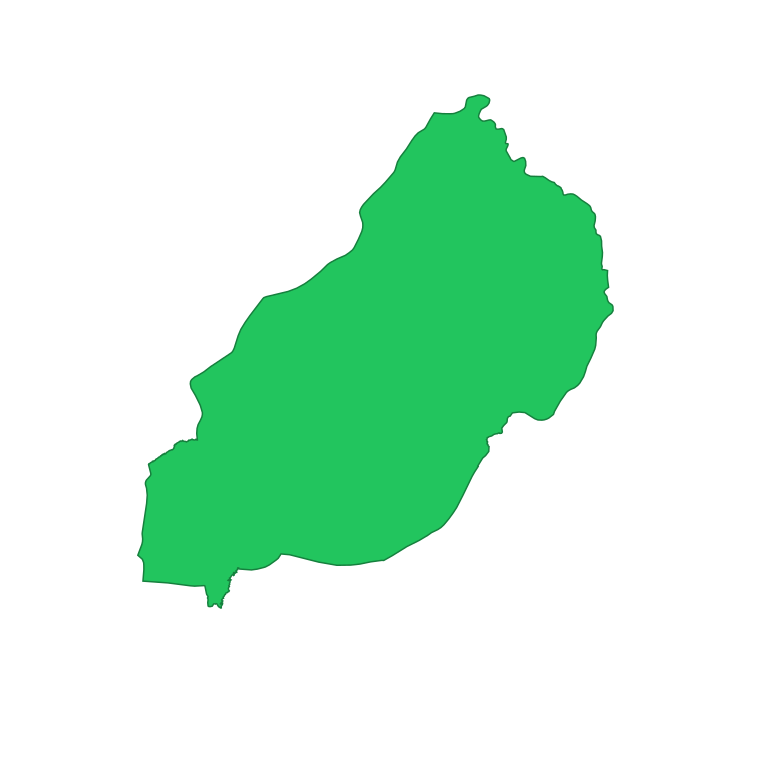 Khun Han, Si Sa Ket, Thailand, rotated 213°
{"feature_id": "78962969B74120262263658", "entity_name": "Khun Han", "entity_type": "district", "adm_level": 2, "iso_a3": "THA", "parent_name": "Thailand", "parent_adm1": "Si Sa Ket", "projection": "equal_earth", "projection_center": [104.436, 14.547], "detail": "fine", "context": "isolated", "style": "filled", "palette": "green", "viewbox_px": 768, "rotation_deg": 213, "n_neighbors": 0, "source": "geoboundaries", "source_scale": "gbopen_adm2", "svg_char_len": 6167}
<svg xmlns="http://www.w3.org/2000/svg" viewBox="0 0 768 768"><g transform="rotate(213 384 384)"><path d="M478.8,87.4L456.9,99.5L436.7,109.2L432.8,111.3L425.0,117.0L424.4,117.1L423.8,116.7L418.3,111.1L415.6,109.8L415.5,108.4L414.8,108.1L413.9,107.0L412.7,104.6L410.6,102.0L409.6,102.0L408.3,102.8L407.0,104.2L407.1,106.8L406.3,107.4L405.5,107.6L405.3,108.2L404.9,108.5L404.3,108.5L401.4,107.1L400.6,107.3L399.2,107.1L398.6,107.4L398.5,107.6L399.4,108.8L399.5,111.2L400.0,112.4L400.7,112.4L400.9,110.9L401.2,110.4L401.5,110.5L401.3,112.6L401.0,114.2L402.1,114.2L402.6,114.7L402.3,116.4L401.9,116.9L402.8,117.6L402.5,119.3L402.8,120.5L402.4,121.3L402.7,122.4L402.4,123.2L401.8,123.7L401.7,124.6L401.1,125.3L401.1,126.3L402.2,126.7L403.2,127.8L403.5,128.9L403.4,130.0L404.3,130.3L404.3,132.0L405.0,132.6L405.3,134.2L406.0,135.0L405.6,136.4L405.8,136.4L407.4,134.4L407.9,134.4L407.3,136.2L406.9,136.6L407.0,136.9L407.8,137.2L407.4,138.1L407.5,139.9L407.3,141.1L406.8,142.1L405.9,141.5L405.6,142.1L405.9,142.6L407.0,142.9L407.4,143.8L407.3,144.2L407.0,144.3L406.3,143.7L405.9,143.8L405.6,145.2L404.9,145.8L405.5,146.4L406.4,146.5L406.2,147.5L405.7,148.4L406.4,149.7L406.4,150.3L405.6,150.6L405.1,149.9L404.1,150.3L393.9,155.9L389.4,159.8L384.8,164.8L383.8,166.0L381.6,169.9L378.6,177.6L377.8,180.2L377.8,185.4L370.2,189.4L341.9,199.0L324.8,206.3L313.3,214.0L309.1,217.4L306.0,220.0L298.3,227.6L289.9,234.8L288.1,235.9L283.6,244.5L276.3,260.1L269.3,272.0L264.8,281.2L263.2,285.3L259.6,291.2L258.1,294.6L257.1,298.6L256.2,306.1L255.8,313.7L255.8,320.0L257.2,333.6L259.8,354.4L260.1,359.6L260.1,366.2L260.7,366.3L260.9,375.7L259.8,379.3L259.4,384.5L261.9,388.8L262.6,388.8L263.3,389.1L263.7,389.7L264.5,389.7L265.0,390.6L265.4,390.6L265.3,391.2L265.5,391.4L265.6,391.9L266.5,392.4L266.7,392.2L267.3,393.1L267.7,393.2L267.5,393.7L268.2,395.3L267.6,395.9L267.5,396.7L265.4,399.1L264.3,401.7L262.9,403.3L261.9,404.0L261.3,405.2L260.7,405.7L260.3,405.5L259.7,405.8L258.6,406.8L258.6,408.2L261.2,411.2L261.0,414.3L260.1,418.6L260.5,419.9L261.7,422.1L261.9,423.6L261.7,424.6L260.7,425.8L260.6,429.7L255.4,434.1L250.2,436.8L238.6,437.0L235.3,437.7L231.9,439.7L230.1,441.2L228.3,443.4L227.2,445.3L225.3,450.8L226.1,453.9L226.8,465.5L226.4,476.3L225.9,478.2L225.3,479.6L224.4,481.3L222.2,484.5L220.8,488.4L220.3,491.4L220.6,498.8L221.9,504.2L223.5,509.3L224.6,518.5L226.2,528.0L227.5,531.7L231.1,538.3L232.8,540.6L233.6,542.2L234.0,544.3L233.7,550.0L234.3,554.5L234.2,557.0L233.2,563.0L231.7,567.2L231.8,570.2L234.1,573.5L235.3,574.4L236.2,574.6L239.7,574.7L241.0,575.3L242.1,576.0L244.8,578.8L248.2,580.0L249.4,580.9L249.8,581.8L249.7,583.6L249.3,585.0L248.3,587.4L253.0,592.9L255.8,596.6L258.3,600.9L261.8,599.7L262.9,598.8L263.5,598.8L264.0,599.2L265.1,601.5L266.8,602.9L267.5,603.9L270.4,609.9L272.4,613.3L276.5,618.1L279.5,622.5L282.9,625.7L284.2,625.9L286.3,625.5L287.9,625.7L289.1,627.0L290.1,628.5L292.6,629.6L293.2,630.2L294.1,631.2L295.7,635.7L296.8,637.8L297.8,639.5L299.5,641.2L300.4,641.6L303.3,642.0L304.7,642.7L306.9,644.7L308.6,645.5L311.9,645.8L318.6,645.8L324.3,646.5L327.2,646.5L329.0,646.2L331.0,645.1L333.3,643.2L334.9,641.2L336.2,640.4L337.7,641.2L338.3,642.1L340.0,643.5L341.6,644.2L342.6,645.0L345.6,645.0L346.4,644.6L348.9,644.9L350.9,645.7L353.5,644.9L356.6,644.6L361.1,644.8L364.0,644.6L365.3,643.5L374.3,638.0L379.0,637.3L380.9,637.7L381.7,638.2L382.8,639.7L384.0,644.4L386.5,647.9L389.0,649.8L390.0,649.8L390.8,649.6L392.2,648.2L395.9,641.8L396.5,641.3L399.8,641.3L401.1,642.2L408.4,646.0L409.1,646.8L409.5,647.8L409.9,651.1L410.4,652.5L410.7,652.9L411.1,652.9L412.9,652.0L413.3,652.2L413.8,652.8L414.7,655.8L416.0,657.8L422.2,662.6L423.8,662.6L424.6,662.2L426.6,660.2L428.2,659.2L429.0,659.0L430.8,660.4L431.7,662.1L432.7,662.9L434.7,663.6L437.8,663.7L438.6,663.5L439.7,662.6L442.7,659.4L444.5,658.2L446.8,658.2L449.8,659.2L450.7,660.4L451.4,662.5L451.9,665.5L452.0,667.5L449.5,672.5L449.0,674.0L448.9,676.7L449.7,679.1L450.2,679.9L451.2,680.6L452.4,680.6L457.2,680.2L460.2,679.0L461.6,678.2L462.5,677.6L465.0,674.5L468.7,670.6L469.3,669.2L469.3,667.1L466.7,660.6L466.8,658.6L468.8,654.1L472.0,649.7L473.4,648.3L475.8,646.6L482.1,642.6L489.5,638.8L489.4,631.9L488.7,622.2L488.9,620.1L489.3,619.1L492.1,613.4L493.0,609.2L493.3,603.5L493.2,593.3L494.0,583.5L493.6,577.5L491.3,569.8L491.0,567.8L491.1,566.0L492.7,554.0L494.0,547.0L496.4,537.9L498.7,525.2L499.0,523.4L499.1,520.1L498.8,517.2L497.8,514.5L495.0,511.9L490.0,508.0L488.3,505.8L486.9,503.4L485.7,499.9L484.3,491.4L483.3,482.2L483.4,479.3L484.8,474.9L486.5,470.8L491.4,463.5L495.1,456.7L496.4,453.4L498.5,444.0L502.2,432.2L505.1,424.8L509.4,416.8L514.8,409.4L530.2,393.2L531.8,391.0L532.1,389.6L533.7,368.4L534.0,360.3L533.8,351.9L532.6,345.1L529.1,332.5L528.7,329.4L528.8,327.9L529.1,326.8L538.8,304.3L541.8,295.8L545.1,289.2L546.5,286.9L547.6,283.3L547.7,282.1L547.6,280.8L546.5,278.6L543.6,275.6L535.7,271.6L528.3,267.2L526.4,266.0L520.8,261.2L519.7,259.5L518.8,257.3L518.2,253.5L517.8,248.8L516.6,245.0L514.1,240.5L510.0,235.4L510.3,235.1L510.7,235.3L511.6,235.3L511.8,234.4L512.9,233.5L513.7,233.4L514.7,232.8L515.0,233.1L516.1,231.2L517.1,230.7L517.0,229.7L517.3,229.5L518.1,227.8L519.3,227.7L520.8,226.8L522.0,227.0L522.0,226.3L522.8,225.9L522.9,225.4L523.7,225.3L523.9,224.7L524.3,224.3L524.2,223.9L525.6,221.4L525.5,220.5L525.9,219.7L526.2,219.9L526.4,219.5L526.3,219.2L526.5,218.4L526.3,217.9L525.8,217.8L525.5,216.1L525.2,215.7L525.5,213.9L525.8,213.4L526.1,213.4L527.1,211.9L527.3,211.9L527.4,211.4L528.0,210.7L528.3,209.5L528.9,208.5L529.2,207.3L529.1,206.5L529.9,206.0L530.2,206.1L530.3,205.2L530.7,205.3L531.0,204.5L531.4,204.3L531.3,203.8L531.6,203.7L531.8,202.3L532.2,202.1L532.4,200.6L533.1,199.9L533.5,198.1L534.2,197.0L534.4,196.3L534.2,195.7L534.9,194.1L535.3,194.0L535.4,193.0L536.1,193.0L536.0,192.4L537.1,190.4L537.1,189.4L537.7,189.1L537.6,188.2L531.0,182.1L530.2,181.1L530.0,179.7L530.9,174.1L530.8,172.9L530.4,171.5L529.9,170.6L529.1,169.6L526.4,167.3L522.0,161.8L518.0,154.5L506.0,128.1L505.2,126.6L502.0,122.6L500.6,120.1L499.7,117.7L497.2,106.3L491.2,105.4L488.2,103.2L486.5,100.9L484.2,97.4L478.8,87.4Z" fill="#22c55e" stroke="#15803d" stroke-width="1.5"/></g></svg>